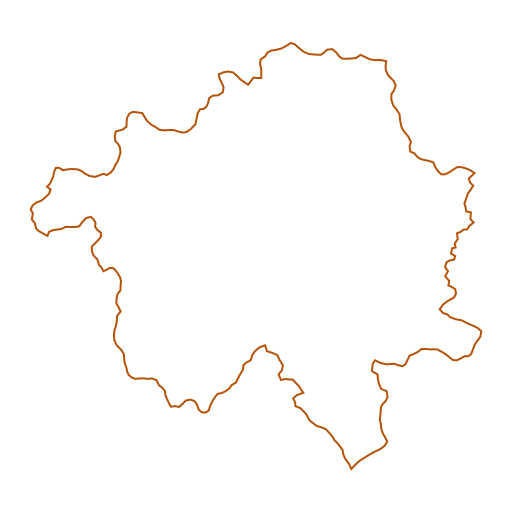 Três Corações, Minas Gerais, Brazil
{"feature_id": "56859067B1286472531500", "entity_name": "Três Corações", "entity_type": "district", "adm_level": 2, "iso_a3": "BRA", "parent_name": "Brazil", "parent_adm1": "Minas Gerais", "projection": "albers", "projection_center": [-45.209, -21.698], "detail": "fine", "context": "isolated", "style": "outline", "palette": "amber", "viewbox_px": 512, "rotation_deg": 0, "n_neighbors": 0, "source": "geoboundaries", "source_scale": "gbopen_adm2", "svg_char_len": 4852}
<svg xmlns="http://www.w3.org/2000/svg" viewBox="0 0 512 512"><path d="M351.3,469.0L355.5,464.6L359.3,461.0L363.9,458.1L369.0,454.9L374.5,451.8L380.1,449.2L384.8,445.7L387.2,441.6L385.5,438.0L382.9,433.5L381.3,428.7L380.9,424.2L379.8,419.7L380.4,415.0L380.7,410.5L381.1,406.8L382.9,403.8L385.6,401.1L387.5,397.3L386.7,391.2L381.3,389.0L379.1,384.3L378.0,379.8L377.5,374.3L372.1,371.3L372.3,367.4L372.9,363.5L375.1,360.3L380.4,362.9L386.4,364.3L390.1,364.1L394.1,363.8L398.5,365.2L402.3,366.2L405.4,364.5L407.6,359.8L409.6,355.6L413.8,354.0L418.2,351.7L421.3,349.1L425.9,348.9L430.2,349.4L433.6,349.3L437.2,349.4L440.7,351.3L444.0,353.1L447.1,355.3L450.1,357.8L452.8,360.0L456.7,360.4L460.4,358.6L464.5,356.3L468.7,356.1L471.2,353.9L472.8,349.8L474.6,344.9L477.2,341.1L480.3,336.8L481.3,331.3L477.9,328.1L474.5,326.4L469.9,324.4L465.6,322.4L461.7,320.3L455.9,319.3L450.4,317.3L447.1,314.3L442.9,313.0L439.7,309.2L443.1,304.6L447.1,301.4L450.2,299.6L454.2,297.3L456.0,293.7L455.2,289.2L451.7,286.9L448.4,285.5L449.2,280.9L445.2,276.3L448.0,271.1L445.0,267.1L446.6,262.2L449.7,260.5L454.1,259.6L455.2,256.1L451.0,253.6L452.1,248.3L455.6,247.5L454.7,243.6L457.7,239.2L457.0,233.3L460.7,231.9L463.4,229.6L467.3,229.4L469.2,226.0L473.6,222.5L470.4,219.0L470.9,212.4L466.2,211.4L465.7,207.8L464.4,203.4L466.4,198.0L467.9,193.4L470.3,190.2L473.2,185.7L470.1,182.6L468.8,178.5L474.5,173.1L469.9,170.0L464.8,168.0L460.9,167.1L457.2,167.1L454.2,169.0L450.0,171.9L445.1,174.3L441.2,174.3L438.4,171.6L435.4,167.4L433.4,162.4L428.7,160.9L423.1,159.7L419.5,158.5L416.9,156.4L414.5,153.4L410.2,151.5L409.6,146.1L410.9,142.0L408.2,136.4L404.0,131.4L401.6,127.4L400.6,122.9L399.9,118.6L399.6,114.4L396.8,109.9L393.2,105.4L391.3,99.5L391.5,94.0L394.1,90.2L395.7,85.3L393.7,81.0L391.3,78.6L388.2,75.3L385.8,70.2L385.6,65.9L386.2,61.2L380.6,60.0L374.2,60.1L369.9,59.3L365.5,57.2L360.6,54.9L356.0,58.0L350.8,58.5L346.1,58.8L342.3,58.6L339.4,56.6L336.3,52.5L332.2,49.1L327.0,49.7L324.0,52.7L320.8,54.8L315.1,54.6L308.8,54.0L303.5,51.7L298.6,47.7L294.6,44.2L290.7,43.0L286.5,45.8L281.4,48.5L275.9,49.9L271.1,50.6L267.5,52.6L265.1,56.4L260.7,59.4L260.0,63.9L261.2,68.8L261.3,73.9L261.2,78.0L257.1,78.0L253.4,77.6L251.2,80.7L248.1,84.7L244.4,82.2L240.1,79.2L237.3,76.1L233.1,72.5L227.9,71.5L223.6,72.3L218.8,74.3L219.6,78.8L221.6,82.6L223.6,87.4L222.7,92.4L218.1,95.3L212.6,95.7L209.1,98.3L208.1,103.0L206.4,106.6L203.6,109.0L200.0,109.3L197.8,113.0L196.5,118.9L195.4,124.3L190.8,129.1L186.5,132.0L182.3,132.6L178.4,131.5L173.9,130.1L168.9,130.0L165.2,130.4L159.5,129.8L155.7,127.2L151.3,124.7L147.3,121.1L144.8,117.3L142.2,113.1L136.9,112.3L132.5,111.9L129.2,113.9L127.0,118.0L126.6,122.5L126.5,126.6L123.0,129.4L119.7,130.4L115.7,131.6L114.8,136.5L115.4,141.2L117.9,143.7L119.9,147.3L120.5,152.5L119.2,157.0L117.7,161.3L115.4,165.0L113.5,169.1L110.8,172.5L106.8,175.0L103.4,173.9L100.0,175.1L95.0,176.9L89.7,176.0L85.0,173.7L81.5,171.0L77.8,169.4L71.8,169.0L67.4,169.4L62.7,170.2L59.2,167.8L55.9,167.9L54.1,171.9L53.2,176.5L51.6,180.2L49.9,183.8L47.0,186.6L50.6,189.6L49.0,193.9L44.5,198.0L41.2,200.7L36.4,202.5L32.6,205.4L30.7,209.7L32.9,213.3L31.8,219.4L34.8,223.2L36.2,228.7L39.0,231.2L43.2,233.6L47.4,235.9L49.1,231.8L52.9,230.2L56.4,229.6L60.9,229.2L65.7,226.8L70.2,227.0L75.0,227.0L79.2,226.4L82.3,222.1L86.0,218.1L90.7,216.8L93.8,219.7L95.5,222.9L95.1,226.8L97.3,229.9L100.8,232.7L101.0,236.5L98.8,239.4L95.3,243.1L91.8,246.5L92.0,251.4L93.5,255.4L97.3,259.3L99.0,265.0L101.7,267.9L103.4,271.2L106.5,269.9L109.8,267.8L113.2,268.1L116.0,270.8L118.2,274.0L120.0,277.1L121.0,280.9L120.6,285.8L120.4,290.4L117.7,293.7L116.6,298.2L116.4,303.5L118.6,307.1L120.6,311.4L117.1,315.9L116.7,322.2L115.8,326.3L114.5,330.1L113.9,335.4L114.4,340.5L116.8,345.4L121.3,349.9L123.9,354.2L124.1,358.6L124.7,363.1L126.4,367.6L127.2,371.6L128.7,375.0L131.9,377.6L135.3,378.9L140.0,378.4L143.9,378.4L147.9,378.8L152.3,378.5L156.5,380.2L159.0,385.3L162.3,387.7L164.9,391.0L165.6,395.7L167.4,399.9L169.1,403.4L170.9,406.7L174.6,406.1L179.1,406.9L182.8,403.6L185.9,400.5L190.8,399.6L194.9,401.4L197.0,404.7L198.8,409.7L201.8,412.3L205.6,412.6L208.7,410.5L210.2,405.7L212.4,401.2L215.4,396.5L217.8,393.7L221.5,393.2L225.5,391.2L228.8,388.9L231.7,385.1L235.9,382.5L237.8,378.7L240.1,374.3L242.9,369.8L243.4,365.3L246.3,362.5L250.7,360.3L252.3,355.2L254.2,352.1L256.8,349.5L260.0,347.1L265.2,345.3L266.8,351.1L272.6,353.0L277.2,355.0L279.9,360.5L282.9,365.2L281.9,370.3L278.6,374.4L281.0,380.0L285.0,379.0L288.7,379.4L292.9,379.7L295.8,382.9L298.8,385.9L301.0,389.4L303.3,392.8L296.9,395.1L293.2,398.3L295.1,402.4L295.4,406.1L300.7,408.3L304.2,412.0L306.7,414.8L309.3,420.1L313.2,423.3L316.7,426.0L321.0,427.2L325.9,429.2L329.1,432.7L332.3,436.4L334.7,440.5L337.6,443.3L340.0,446.4L342.5,449.8L343.4,454.7L345.4,459.2L349.0,463.8L351.3,469.0Z" fill="none" stroke="#b45309" stroke-width="2"/></svg>